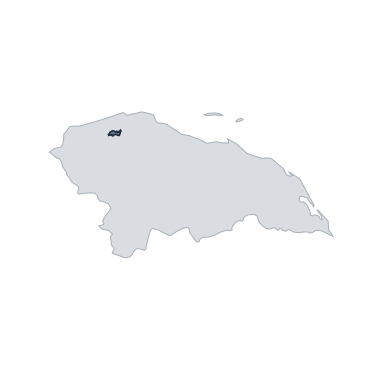 location of Petoa, Santa Bárbara, Honduras, rotated 22°
{"feature_id": "27666195B13660887224612", "entity_name": "Petoa", "entity_type": "district", "adm_level": 2, "iso_a3": "HND", "parent_name": "Honduras", "parent_adm1": "Santa Bárbara", "projection": "mercator", "projection_center": [-88.208, 15.281], "detail": "fine", "context": "in_parent", "style": "filled", "palette": "slate", "viewbox_px": 384, "rotation_deg": 22, "n_neighbors": 0, "source": "geoboundaries", "source_scale": "gbopen_adm2", "svg_char_len": 3575}
<svg xmlns="http://www.w3.org/2000/svg" viewBox="0 0 384 384"><g transform="rotate(22 192 192)"><path d="M339.2,180.3L327.0,179.5L321.2,181.0L318.7,184.5L316.5,186.0L314.7,185.6L311.0,187.0L305.5,190.0L300.5,191.2L296.1,190.4L294.8,191.2L294.5,192.2L293.8,193.1L292.1,193.6L290.1,193.4L287.9,192.3L286.7,192.7L286.6,194.7L285.4,195.3L283.1,194.3L280.5,195.0L277.7,197.4L273.7,197.9L268.6,196.5L264.6,194.0L261.8,190.2L258.4,189.3L252.5,192.1L250.0,195.3L249.5,197.3L250.0,199.2L249.0,200.4L246.2,201.0L244.1,203.2L242.7,207.1L242.4,210.0L243.3,212.1L241.9,213.7L238.3,214.6L234.0,218.0L229.1,223.6L224.3,227.5L219.4,229.8L217.1,232.3L217.3,235.0L217.0,235.8L216.0,236.1L214.5,236.5L205.1,230.6L202.4,226.5L200.1,227.1L197.2,229.2L193.0,233.8L188.6,240.2L186.5,240.9L175.4,239.9L169.5,240.5L168.3,241.3L167.8,243.6L168.1,246.7L169.7,257.9L170.6,262.4L169.7,263.9L166.8,264.1L162.9,264.7L160.8,266.8L160.3,269.0L160.1,272.0L158.8,275.1L156.5,277.3L154.1,278.1L140.9,278.7L141.1,273.6L137.3,271.5L135.1,267.2L133.3,264.3L133.9,262.6L133.7,260.5L128.3,258.9L123.3,260.2L120.4,259.4L118.3,258.3L121.9,255.7L122.2,254.2L121.0,253.0L119.8,252.3L120.2,249.4L120.9,246.0L123.0,238.1L122.2,236.7L118.8,234.3L114.6,234.1L109.9,234.8L107.6,233.6L105.6,230.8L102.3,229.5L96.3,231.7L90.1,235.0L88.1,236.2L86.6,236.0L85.8,233.6L85.5,230.7L85.1,229.9L81.8,228.9L77.9,228.2L75.9,227.3L74.0,225.4L69.3,222.8L68.3,220.9L62.0,216.6L60.7,214.4L59.3,212.8L56.3,210.8L53.9,211.3L46.0,208.8L44.8,208.6L45.9,206.4L48.4,203.0L53.9,199.2L54.3,196.1L52.9,190.3L51.5,186.5L52.2,184.8L53.9,178.0L55.2,176.4L63.1,172.9L63.9,172.4L70.1,167.6L77.0,162.2L84.2,156.3L92.2,149.6L96.6,145.7L98.6,144.0L103.2,145.4L106.9,142.3L109.0,141.2L113.9,137.5L115.4,136.6L123.6,135.1L127.6,135.1L131.0,138.9L133.8,141.0L139.0,139.2L143.3,138.8L161.3,142.4L168.4,140.8L181.5,140.5L187.4,141.4L195.7,136.3L201.1,135.3L207.4,133.0L206.5,130.6L205.0,129.5L214.6,130.5L228.8,135.6L244.0,134.7L249.5,132.0L253.0,131.2L268.6,136.4L272.7,140.4L275.9,140.8L278.3,139.9L279.0,139.1L276.0,138.2L274.6,137.0L286.8,139.4L309.9,158.4L310.4,160.0L300.5,154.4L295.3,154.8L293.9,155.7L294.2,158.8L294.7,160.2L296.9,160.4L298.6,159.5L302.7,160.5L305.4,162.6L308.6,165.7L310.6,169.1L312.7,169.1L314.8,167.1L318.7,166.9L321.2,169.1L323.0,169.0L320.5,165.5L314.6,161.9L316.0,161.8L329.2,168.1L332.9,176.0L336.0,177.8L339.2,180.3ZM184.4,112.0L176.8,115.9L174.4,115.8L177.9,112.8L183.5,110.2L188.3,109.0L192.2,109.5L184.4,112.0ZM210.5,107.9L206.8,110.7L206.2,109.4L207.9,106.8L210.1,105.3L212.2,105.4L211.7,106.6L210.5,107.9Z" fill="#d9dde1" stroke="#a8b0b8" stroke-width="1"/><path d="M102.5,161.4L102.5,161.5L102.5,161.8L102.4,161.9L102.4,162.0L102.3,162.3L102.2,162.3L102.1,162.5L101.9,162.5L101.8,162.8L101.9,163.0L101.7,163.2L101.7,163.3L101.6,163.5L101.6,163.8L101.4,163.9L101.2,163.8L100.9,163.9L100.9,164.0L101.0,164.0L100.9,164.2L100.9,164.3L100.7,164.3L100.7,164.2L100.4,164.1L100.2,164.0L100.1,163.9L100.0,164.0L99.9,164.2L99.9,164.3L99.8,164.2L99.7,164.2L99.3,164.1L99.3,164.3L99.3,164.5L99.2,164.5L99.1,164.8L98.9,164.9L98.7,164.9L98.4,164.9L98.2,164.9L97.9,164.9L97.7,164.9L97.6,165.0L97.4,165.1L97.2,165.0L97.2,164.9L97.3,164.8L97.3,164.7L97.2,164.7L96.9,164.6L96.7,164.7L96.6,164.8L96.4,164.9L96.2,164.9L95.9,164.9L95.7,164.9L95.4,164.9L95.3,165.0L95.2,165.0L93.4,167.6L93.7,168.6L92.9,169.9L93.6,170.8L96.1,168.9L96.5,169.6L97.6,169.7L97.4,169.1L97.6,168.9L99.9,167.1L100.9,167.1L101.5,167.3L101.8,167.3L102.2,167.3L103.5,166.8L103.3,163.5L103.3,161.8L102.5,161.4Z" fill="#64748b" stroke="#1e293b" stroke-width="1.5"/></g></svg>